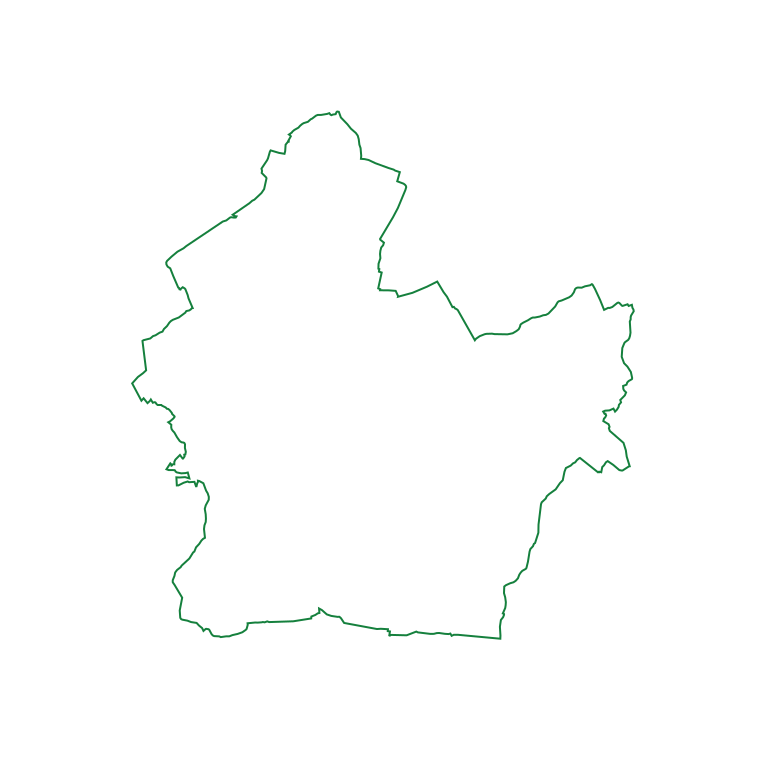 Ivanesti, Vaslui, Romania (Equal Earth projection), rotated 74°
{"feature_id": "2599482B31711586235741", "entity_name": "Ivanesti", "entity_type": "district", "adm_level": 2, "iso_a3": "ROU", "parent_name": "Romania", "parent_adm1": "Vaslui", "projection": "equal_earth", "projection_center": [27.444, 46.655], "detail": "fine", "context": "isolated", "style": "outline", "palette": "green", "viewbox_px": 768, "rotation_deg": 74, "n_neighbors": 0, "source": "geoboundaries", "source_scale": "gbopen_adm2", "svg_char_len": 6153}
<svg xmlns="http://www.w3.org/2000/svg" viewBox="0 0 768 768"><g transform="rotate(74 384 384)"><path d="M571.6,625.6L570.4,623.1L570.3,622.5L571.4,620.2L572.2,619.7L576.9,618.7L578.5,617.9L579.5,616.8L581.2,611.9L582.3,610.7L583.0,605.6L583.9,602.2L583.6,598.9L583.9,593.6L583.6,588.6L582.3,584.8L581.6,583.6L578.0,581.4L576.4,581.1L577.8,573.4L578.5,571.4L579.4,567.1L579.4,566.1L580.2,564.4L580.0,561.7L581.2,560.0L587.1,536.6L589.3,518.6L587.5,517.9L587.1,513.7L586.2,510.9L586.3,509.2L581.9,508.3L584.2,506.0L589.7,502.5L592.4,498.6L595.0,492.9L595.5,491.0L597.3,489.9L602.7,488.2L617.6,458.3L618.4,454.6L620.8,447.8L622.6,448.5L623.5,446.5L627.1,448.2L627.5,447.7L627.1,446.5L631.8,431.5L630.9,421.2L632.1,419.9L637.0,408.3L637.9,404.9L638.0,401.8L638.6,399.5L640.9,394.4L642.2,390.8L642.2,389.0L644.7,388.4L644.3,386.0L645.6,381.7L660.9,342.4L657.9,341.4L649.3,339.5L643.1,336.7L641.0,333.8L638.9,332.2L637.9,332.1L637.3,333.0L632.7,329.2L630.1,328.0L627.3,327.0L622.4,326.3L618.1,326.3L611.8,324.2L611.0,322.2L610.3,317.5L610.3,314.2L609.5,311.7L607.7,308.8L604.6,306.5L602.9,304.5L601.7,302.5L600.8,298.7L600.1,297.8L594.5,294.6L585.3,290.3L583.0,288.8L581.0,285.5L579.0,284.0L578.5,282.6L569.5,276.6L561.7,274.2L542.8,266.2L541.2,265.0L538.7,260.1L536.8,258.5L535.3,255.5L532.6,248.0L527.8,242.2L525.8,238.7L518.1,234.7L514.9,232.3L513.9,227.0L512.4,224.2L512.0,221.8L510.3,219.5L509.1,216.6L509.1,216.0L527.9,202.6L527.6,201.6L528.1,201.2L527.9,200.8L528.7,199.5L524.0,197.1L522.8,194.9L520.4,192.2L519.8,190.2L525.0,185.9L531.6,181.5L532.7,179.4L532.9,178.5L530.7,171.2L530.8,170.5L520.7,170.7L514.4,169.8L506.6,170.0L491.3,179.9L488.4,180.0L487.4,179.0L484.6,179.2L480.1,183.4L477.9,182.1L477.1,180.6L475.4,179.1L473.6,179.3L473.5,180.2L470.9,180.9L470.6,178.8L471.5,174.6L470.9,170.2L474.2,169.5L472.9,167.2L470.7,164.8L468.8,163.9L467.0,161.2L464.5,161.3L461.3,155.6L458.8,153.6L456.4,155.0L454.7,155.3L451.8,154.7L451.5,151.1L449.6,149.8L448.6,148.1L447.7,144.4L446.7,143.8L440.5,143.4L434.4,145.2L430.2,147.5L423.4,148.0L415.1,145.0L410.8,141.6L410.2,140.7L408.9,137.1L407.7,135.7L405.6,134.3L402.6,132.9L391.7,130.5L389.9,129.1L387.6,128.4L386.3,127.6L382.9,123.9L381.2,123.7L379.2,124.2L376.2,123.9L376.4,127.3L374.5,127.9L374.7,133.1L374.3,133.7L371.0,135.4L370.3,136.3L370.4,137.4L372.9,143.3L373.1,146.0L372.6,147.6L373.4,152.0L362.9,153.1L350.7,155.0L346.1,156.1L345.3,156.7L345.9,158.7L345.5,163.9L345.9,167.4L344.7,171.1L344.7,172.6L345.5,174.2L348.2,176.2L350.7,179.3L351.7,182.2L352.7,190.2L352.7,193.4L353.4,194.7L356.7,198.1L361.6,206.5L362.2,209.3L361.8,212.0L362.1,215.6L361.7,220.5L361.1,222.9L361.4,224.7L362.4,228.0L363.4,233.3L364.2,235.8L364.9,236.7L366.3,237.4L368.5,239.4L369.6,242.1L370.7,246.3L370.3,251.6L366.5,264.0L365.4,266.3L364.0,271.8L363.9,273.6L364.4,278.8L365.9,283.2L367.0,284.6L333.3,292.7L331.9,293.7L331.1,294.8L329.1,295.6L329.0,297.0L317.4,299.4L312.2,301.4L300.2,304.6L302.3,315.8L304.2,331.5L304.0,346.5L303.5,346.2L297.7,347.1L295.4,353.3L292.8,362.0L291.8,361.5L290.5,363.2L276.2,355.5L274.6,357.9L272.2,356.8L271.6,357.6L266.9,356.1L262.1,352.8L258.0,352.0L255.0,350.8L252.0,349.0L250.4,346.6L248.1,345.1L244.3,347.8L243.5,347.8L226.2,329.4L218.6,322.1L203.3,309.9L200.9,308.4L199.8,308.3L198.4,308.8L196.8,310.0L192.8,315.4L184.7,310.4L181.9,314.5L180.6,315.6L177.5,320.3L169.4,331.4L164.4,337.1L162.5,340.6L161.2,344.1L158.4,343.0L150.8,341.5L147.2,341.7L141.6,340.8L138.0,340.8L134.9,341.9L129.5,345.4L124.2,347.6L115.9,352.0L109.9,352.4L109.2,353.9L109.7,354.9L111.3,356.1L110.9,358.8L111.1,360.4L110.4,361.2L108.6,361.9L108.7,364.3L108.0,370.4L107.1,373.6L107.3,375.4L109.1,380.0L109.3,381.4L111.0,384.9L111.1,389.3L111.5,390.9L112.6,393.4L114.0,395.6L115.1,400.2L116.2,402.6L116.8,403.1L118.0,406.6L119.2,405.6L120.2,405.3L123.9,409.0L124.3,408.6L124.8,408.9L124.5,409.3L126.8,412.6L132.9,414.8L135.3,416.2L132.9,421.2L128.2,428.6L129.3,429.7L135.1,433.3L136.7,434.7L143.2,442.4L145.6,442.5L147.4,443.4L153.0,440.3L154.0,440.3L163.6,445.5L166.6,449.1L171.1,457.8L171.5,460.1L173.1,463.5L179.6,482.8L181.5,481.1L182.2,479.6L183.1,480.6L182.7,482.3L181.5,485.1L181.6,486.2L183.3,490.5L183.4,494.2L196.9,536.0L198.3,539.3L199.9,546.1L203.0,553.1L205.8,558.5L207.1,559.8L209.1,560.2L211.6,559.6L213.9,557.6L222.3,556.8L234.6,555.2L235.1,554.6L236.6,554.5L237.1,553.6L236.5,553.1L235.5,550.8L237.1,549.3L238.1,548.8L244.3,548.2L247.8,548.3L258.3,547.0L258.2,547.9L259.0,549.1L259.6,550.9L259.4,553.7L259.6,554.3L260.6,555.2L263.5,562.9L264.1,569.3L264.8,571.6L265.9,573.5L268.5,576.6L270.5,580.4L272.6,582.5L272.8,585.5L274.2,590.2L274.3,592.8L275.8,596.1L275.6,603.1L276.0,604.3L305.3,608.9L307.2,612.7L309.4,618.6L314.0,625.9L333.2,621.8L331.5,619.0L337.2,616.6L335.8,613.8L334.6,612.4L338.3,611.4L338.2,609.8L338.7,608.8L340.8,608.1L341.8,607.3L342.8,603.8L343.6,603.4L346.4,600.3L347.9,599.6L348.5,598.3L350.0,597.3L353.3,595.9L354.2,596.0L357.3,594.3L357.8,594.3L359.0,595.8L360.9,599.9L361.3,601.9L364.5,599.7L367.0,600.5L368.9,600.6L370.9,599.9L372.8,598.9L378.2,597.6L382.5,596.1L384.2,594.7L385.0,592.9L385.6,592.2L387.1,591.9L390.6,593.0L394.6,593.2L397.0,594.4L396.9,595.5L398.7,595.7L400.3,597.7L400.2,598.1L396.0,599.7L399.2,605.4L401.0,607.0L403.4,607.7L403.0,608.9L403.1,609.7L403.8,610.2L403.9,610.8L402.3,610.8L401.4,611.3L406.0,616.6L407.4,614.7L409.0,609.2L409.5,608.7L410.7,608.5L411.9,607.5L414.0,603.5L414.9,599.5L415.0,597.0L421.1,597.1L418.7,600.9L417.5,606.4L416.5,609.3L424.4,611.1L424.8,609.5L423.7,603.8L423.6,599.6L424.7,598.4L425.8,593.2L430.5,592.9L430.6,592.4L428.1,591.0L426.7,589.7L425.7,589.5L426.3,588.4L429.6,585.0L437.5,584.4L440.5,583.6L444.2,583.5L447.0,584.4L451.5,588.8L454.6,590.7L460.1,591.3L464.4,592.3L467.5,593.4L470.3,595.5L473.8,597.0L482.5,598.5L483.0,600.6L484.2,602.7L486.8,605.7L489.2,609.7L492.8,612.5L493.3,613.9L498.1,619.2L502.8,628.6L504.0,629.9L505.7,634.1L507.0,635.9L507.8,636.8L510.7,638.3L514.3,641.1L515.5,641.5L516.4,641.7L519.4,640.7L533.8,636.9L545.4,642.8L552.6,644.3L554.1,643.8L554.9,642.9L557.3,638.2L559.7,635.0L562.0,630.0L565.2,628.4L568.5,626.1L571.6,625.6Z" fill="none" stroke="#15803d" stroke-width="2"/></g></svg>